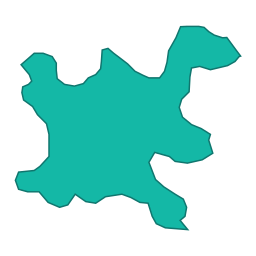 Goryeong-gun, North Gyeongsang, South Korea (Mercator projection)
{"feature_id": "91817680B88985387415210", "entity_name": "Goryeong-gun", "entity_type": "district", "adm_level": 2, "iso_a3": "KOR", "parent_name": "South Korea", "parent_adm1": "North Gyeongsang", "projection": "mercator", "projection_center": [128.316, 35.727], "detail": "fine", "context": "isolated", "style": "filled", "palette": "teal", "viewbox_px": 256, "rotation_deg": 0, "n_neighbors": 0, "source": "geoboundaries", "source_scale": "gbopen_adm2", "svg_char_len": 1285}
<svg xmlns="http://www.w3.org/2000/svg" viewBox="0 0 256 256"><path d="M240.6,56.1L236.6,50.8L226.8,37.5L222.6,37.8L214.2,35.1L208.8,31.7L204.1,27.4L198.7,26.4L187.3,26.4L180.6,26.7L176.0,37.7L168.6,50.8L167.0,62.3L164.5,71.3L159.6,77.9L148.9,77.9L143.2,75.4L135.0,71.3L127.6,63.9L120.2,58.2L113.7,53.3L108.0,48.4L102.2,50.0L101.4,61.5L100.6,68.8L95.7,74.6L88.3,77.9L83.4,83.6L74.4,86.1L64.5,84.4L57.2,78.7L56.3,70.5L56.3,63.1L52.2,56.6L43.2,53.3L34.2,53.3L27.7,59.0L21.1,64.7L25.2,69.7L29.3,74.6L31.7,81.1L28.5,84.4L22.7,86.9L22.5,88.6L21.9,92.6L23.6,100.0L32.6,106.5L37.5,114.7L46.5,123.7L49.0,134.4L49.0,147.5L49.0,156.5L39.9,166.4L34.2,170.5L18.6,172.1L15.4,180.3L18.6,189.3L27.7,191.8L39.1,191.8L48.1,202.4L59.6,207.3L67.8,204.9L75.2,194.2L85.8,201.6L95.7,203.2L105.5,196.7L121.9,194.2L130.9,197.5L139.9,202.4L148.1,203.2L152.2,216.3L156.3,223.7L165.3,227.8L187.7,229.6L180.1,220.4L185.0,216.3L186.6,207.3L183.3,199.1L175.1,194.2L163.7,186.8L155.5,179.5L148.9,162.3L154.7,152.4L169.4,156.5L175.1,161.4L187.4,163.1L202.2,159.8L212.8,153.2L208.7,140.1L210.4,134.4L201.4,128.7L191.5,124.6L182.5,117.2L179.2,107.4L181.7,99.2L189.1,91.8L189.9,77.0L191.5,68.0L199.7,66.4L210.4,69.7L227.6,65.6L235.0,61.5L239.1,56.6L240.6,56.1Z" fill="#14b8a6" stroke="#0f766e" stroke-width="1.5"/></svg>